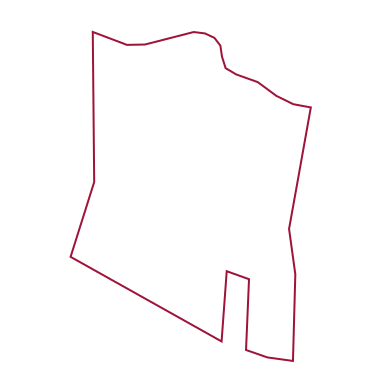 the state/province of Tuamasaga, rotated 185°
{"feature_id": "WSM-4984", "entity_name": "Tuamasaga", "entity_type": "state/province", "adm_level": 1, "iso_a3": "WSM", "parent_name": "Samoa", "parent_adm1": "", "projection": "natural_earth1", "projection_center": [-171.78, -13.929], "detail": "fine", "context": "isolated", "style": "outline", "palette": "rose", "viewbox_px": 384, "rotation_deg": 185, "n_neighbors": 0, "source": "natural_earth", "source_scale": "10m", "svg_char_len": 467}
<svg xmlns="http://www.w3.org/2000/svg" viewBox="0 0 384 384"><g transform="rotate(185 192 192)"><path d="M149.5,45.7L307.3,116.8L290.3,193.4L304.8,342.8L269.7,332.9L251.8,334.8L204.3,351.5L192.9,351.1L183.1,347.5L176.5,340.3L173.9,329.4L169.3,318.3L158.3,313.0L136.1,307.2L116.3,295.1L98.8,288.3L81.0,286.6L87.8,211.0L92.1,163.7L81.9,119.0L76.7,32.5L102.6,33.8L124.4,39.3L127.6,110.1L150.5,116.1L149.5,45.7Z" fill="none" stroke="#9f1239" stroke-width="2"/></g></svg>